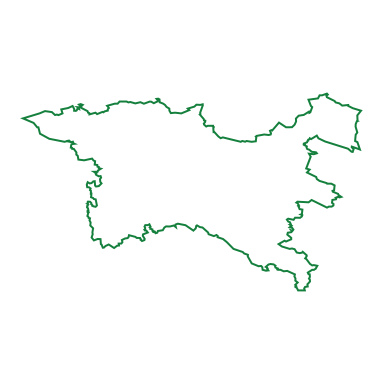 outline of Swinford Lea-4, Mayo, Ireland
{"feature_id": "5873133B98662462343086", "entity_name": "Swinford Lea-4", "entity_type": "district", "adm_level": 2, "iso_a3": "IRL", "parent_name": "Ireland", "parent_adm1": "Mayo", "projection": "equal_earth", "projection_center": [-8.887, 53.889], "detail": "fine", "context": "isolated", "style": "outline", "palette": "green", "viewbox_px": 384, "rotation_deg": 0, "n_neighbors": 0, "source": "geoboundaries", "source_scale": "gbopen_adm2", "svg_char_len": 5983}
<svg xmlns="http://www.w3.org/2000/svg" viewBox="0 0 384 384"><path d="M298.1,290.4L304.8,290.4L304.2,288.4L305.1,286.9L307.7,286.5L307.4,284.3L310.0,281.5L309.8,279.5L309.0,278.7L309.9,276.9L309.7,274.3L308.5,274.1L307.8,272.6L312.2,269.8L313.8,269.9L315.7,268.7L317.3,265.8L313.9,265.1L312.2,265.4L310.0,263.9L306.3,259.0L305.2,258.4L306.7,256.2L306.7,255.3L302.7,251.8L302.0,252.7L299.6,253.1L296.7,252.5L294.6,249.2L292.0,248.5L289.7,248.9L281.9,246.5L278.6,244.1L284.6,240.7L286.0,241.5L291.2,239.3L291.2,237.8L287.3,234.6L287.8,232.7L291.3,232.2L292.0,231.3L291.3,230.4L292.5,230.8L293.4,229.6L292.1,227.8L289.8,227.2L291.6,225.8L290.3,225.0L290.6,224.6L290.0,224.4L290.7,224.0L290.0,222.3L288.2,221.5L286.9,219.6L288.2,218.7L293.6,219.8L295.1,217.7L300.1,217.8L301.8,216.5L302.3,215.2L300.8,214.5L301.9,214.1L302.4,209.6L299.6,209.1L298.6,206.7L299.0,206.2L298.1,205.7L298.7,205.0L297.5,203.1L296.4,202.6L297.4,201.7L308.6,202.3L311.6,200.0L327.0,207.6L328.9,206.6L331.7,206.6L333.4,205.5L333.5,204.0L332.0,202.8L332.4,199.9L336.0,199.3L336.4,198.1L335.9,197.7L338.0,196.8L339.5,197.4L341.3,196.9L338.5,195.0L338.1,193.9L332.8,191.7L332.5,190.9L334.1,190.2L334.6,185.4L331.3,183.7L327.1,183.7L326.7,183.1L319.5,180.9L316.8,179.0L316.2,177.0L307.0,172.5L309.6,169.6L306.2,168.5L310.7,156.7L309.0,153.7L313.8,154.2L316.8,153.3L316.0,152.3L311.8,151.8L309.2,149.7L307.2,149.0L306.5,147.4L306.8,146.4L304.2,145.0L304.6,144.5L303.7,144.1L303.8,143.6L307.1,142.3L307.4,141.1L308.3,140.6L308.2,139.7L309.5,139.1L309.8,138.3L311.1,139.1L316.8,135.6L318.4,138.3L325.1,141.5L348.0,148.7L351.5,151.7L352.7,151.9L353.6,149.2L351.7,147.2L351.8,146.6L359.9,149.5L357.4,142.1L355.1,141.0L355.7,134.7L357.3,132.5L355.6,126.7L355.7,124.1L356.8,121.4L357.5,121.1L357.1,120.9L357.5,119.9L357.3,115.4L361.0,110.7L352.8,108.2L348.2,105.9L348.2,105.0L342.2,105.6L339.4,103.4L335.6,102.4L334.6,101.0L326.9,97.2L326.4,95.7L327.8,94.6L326.9,93.6L322.1,95.3L319.6,95.3L318.0,98.4L308.5,99.7L310.9,105.9L312.2,107.1L310.3,112.3L309.3,112.9L308.9,111.7L303.8,114.9L298.7,115.7L295.9,118.6L296.1,121.4L294.6,124.7L292.0,127.2L286.1,127.3L279.0,122.6L272.2,130.5L271.5,130.1L270.0,130.8L271.0,133.3L270.7,134.5L268.7,135.0L264.2,134.5L256.6,135.9L255.8,136.6L256.3,137.2L255.8,141.3L251.6,141.8L246.5,141.0L245.2,141.7L242.2,141.0L240.8,141.8L222.8,137.4L220.7,138.2L218.4,136.5L214.3,132.0L213.6,132.1L213.3,128.5L213.8,127.1L212.9,126.6L213.0,125.8L207.8,125.8L206.2,126.5L204.1,124.6L203.8,123.7L205.2,121.9L205.3,120.7L204.0,120.4L203.8,119.1L199.8,114.5L200.4,114.1L200.2,112.6L202.8,105.3L202.7,104.3L200.4,104.9L196.4,104.7L194.4,106.6L187.8,108.6L189.3,110.1L181.3,113.4L175.1,112.7L170.8,113.1L169.4,110.6L169.3,108.6L166.5,106.9L165.0,104.9L162.9,103.5L159.7,102.3L159.5,99.4L158.3,98.7L156.6,98.9L158.0,100.5L157.5,101.4L153.8,103.2L151.2,101.7L149.7,101.6L143.9,103.7L140.4,102.2L135.3,103.4L130.3,102.0L128.4,102.4L126.5,101.5L119.6,101.5L117.6,103.7L114.7,103.7L107.1,105.8L108.9,108.0L107.7,109.4L107.8,110.6L104.5,111.4L103.5,112.3L102.5,111.9L97.1,114.1L95.5,112.7L89.4,114.4L89.3,113.1L88.2,112.8L87.5,111.1L81.3,107.9L81.3,106.1L82.7,104.9L80.7,104.1L79.0,104.6L80.3,105.8L79.9,107.3L77.7,107.2L78.6,107.8L79.0,109.0L77.6,108.4L76.7,110.4L75.8,110.9L74.1,110.7L74.3,109.2L72.6,106.0L68.2,108.0L61.3,109.4L62.5,113.4L58.5,115.1L56.9,114.6L55.0,115.0L51.9,112.1L45.0,111.1L39.5,113.4L23.0,118.4L33.6,122.9L37.2,127.3L38.4,127.3L40.0,133.7L49.3,138.8L64.6,141.8L66.8,141.2L68.8,141.6L68.0,140.8L69.1,140.6L70.8,142.2L72.9,141.7L73.5,143.4L74.4,143.8L72.0,144.1L71.2,145.0L70.8,147.6L72.0,147.8L72.2,148.9L73.8,148.9L76.4,152.4L76.3,154.6L77.7,155.7L78.4,159.6L84.2,160.3L92.1,158.6L93.5,160.5L95.1,161.2L94.7,164.6L97.3,165.0L97.5,166.7L98.8,167.0L98.8,168.1L100.9,168.7L98.0,170.5L97.6,171.7L94.0,171.8L96.3,173.2L95.7,173.9L96.2,174.9L98.8,176.3L100.6,176.1L101.1,177.6L100.0,179.2L100.3,181.9L101.5,183.4L98.8,186.1L96.0,186.5L95.1,185.6L94.7,181.2L93.3,181.4L91.5,183.1L89.7,183.4L87.7,182.2L86.8,184.6L87.2,187.2L89.0,187.3L90.6,188.5L90.0,190.1L90.9,190.8L90.9,192.7L91.4,193.2L90.8,194.0L91.4,194.8L91.0,197.2L93.2,198.1L93.8,199.0L95.7,199.4L96.9,205.5L95.6,206.8L93.3,206.3L92.3,205.8L92.5,205.3L91.2,204.1L91.4,203.2L90.2,201.8L88.0,201.6L87.6,202.2L87.9,203.6L87.4,203.8L87.9,204.1L87.7,204.9L87.3,205.0L87.9,205.1L87.1,206.1L87.4,206.5L87.1,207.5L88.0,208.3L88.4,210.6L87.9,210.7L88.2,211.3L87.6,211.1L87.5,212.0L88.3,212.9L87.4,216.0L88.3,216.7L88.6,217.9L90.0,218.3L89.5,220.4L90.6,222.4L90.3,225.5L93.1,228.3L92.4,232.4L92.7,234.2L91.6,237.5L93.9,240.4L97.6,239.0L100.5,239.1L100.9,244.2L101.6,244.6L102.8,247.7L103.9,247.6L105.5,246.0L108.7,244.5L114.1,248.0L117.2,245.7L119.0,245.5L118.7,243.6L121.4,243.5L122.4,242.2L121.9,240.0L125.0,238.5L127.6,238.1L128.5,237.2L129.0,235.2L135.5,236.9L136.6,237.9L140.1,238.0L140.9,239.4L140.6,239.8L142.0,241.0L144.4,240.1L144.7,238.9L142.8,235.8L143.0,234.4L147.8,232.5L146.3,230.5L145.0,230.5L144.4,229.7L145.0,229.3L145.2,227.9L144.5,226.7L145.3,225.1L147.9,225.1L149.4,224.3L150.5,226.6L149.7,227.4L151.0,228.6L150.7,228.9L152.4,229.4L152.4,230.6L153.6,231.1L152.8,231.4L153.2,232.0L155.1,232.4L155.6,233.2L157.3,232.7L157.9,231.0L162.8,230.2L164.4,227.5L166.1,226.4L169.9,226.5L173.8,225.5L175.8,227.1L175.3,225.2L175.6,224.5L177.9,223.7L185.5,225.2L193.4,230.6L195.7,228.4L196.3,225.8L197.0,225.4L199.9,227.1L202.5,227.5L208.1,232.5L208.6,234.2L213.9,236.1L216.5,235.0L217.8,236.1L217.6,237.2L223.0,239.0L226.8,242.1L233.5,248.9L242.7,252.0L244.2,253.5L247.9,254.8L247.8,256.5L251.7,263.4L258.5,266.2L261.2,266.0L262.3,267.2L262.6,269.8L266.0,270.7L268.3,270.4L267.3,269.0L267.7,268.7L267.2,267.7L265.8,266.9L268.5,264.5L270.5,264.0L273.6,264.4L275.5,265.7L275.1,266.5L275.5,267.6L277.8,268.5L277.3,269.5L277.9,269.8L280.5,269.8L283.7,271.3L287.2,270.9L294.9,274.4L294.4,276.3L295.5,278.6L295.3,280.6L297.7,282.5L295.2,284.9L296.3,286.1L295.4,286.9L296.9,288.0L298.1,290.4Z" fill="none" stroke="#15803d" stroke-width="2"/></svg>